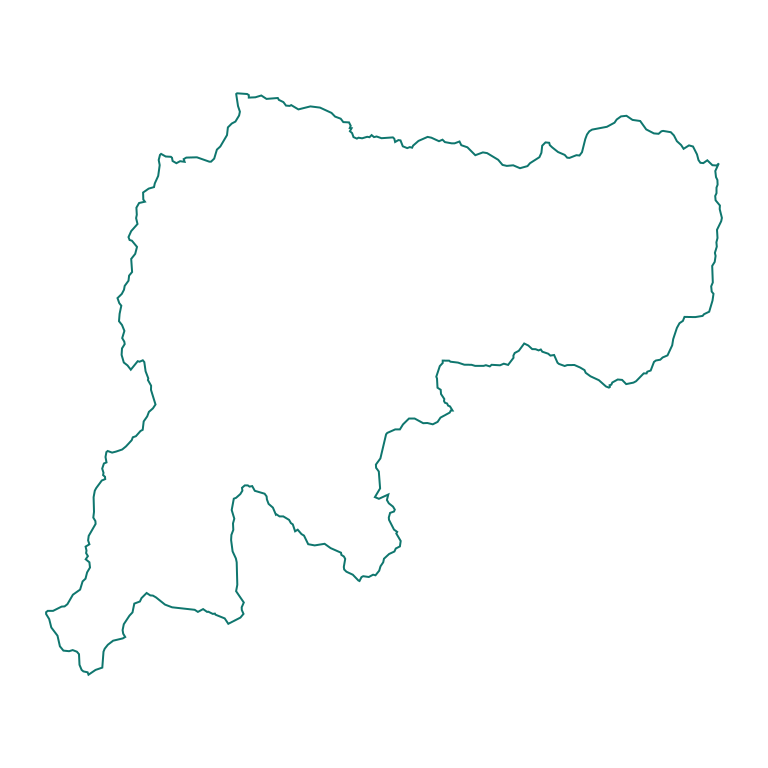 Dabeiba, Antioquia, Colombia (Robinson projection)
{"feature_id": "7082276B69715084527622", "entity_name": "Dabeiba", "entity_type": "district", "adm_level": 2, "iso_a3": "COL", "parent_name": "Colombia", "parent_adm1": "Antioquia", "projection": "robinson", "projection_center": [-76.345, 6.943], "detail": "fine", "context": "isolated", "style": "outline", "palette": "teal", "viewbox_px": 768, "rotation_deg": 0, "n_neighbors": 0, "source": "geoboundaries", "source_scale": "gbopen_adm2", "svg_char_len": 6072}
<svg xmlns="http://www.w3.org/2000/svg" viewBox="0 0 768 768"><path d="M702.6,315.9L704.0,314.2L709.2,311.7L712.5,300.6L713.5,293.8L711.7,291.6L711.2,286.3L712.8,282.5L712.2,265.9L714.7,261.9L715.6,255.9L714.9,252.9L716.8,246.6L716.4,242.3L717.5,238.0L717.0,229.8L721.2,221.2L721.9,217.9L719.7,209.1L719.9,205.5L715.6,200.3L715.2,196.0L716.5,193.2L716.5,187.6L717.6,184.7L717.4,180.0L716.0,177.1L715.3,171.0L718.8,163.4L716.7,165.5L712.4,165.2L707.3,160.3L703.3,163.1L700.4,162.8L698.5,160.1L697.0,154.4L693.0,146.5L689.0,145.4L683.6,148.8L681.1,145.0L676.9,141.2L673.9,135.4L670.8,132.2L663.1,130.9L661.4,131.3L658.6,133.8L653.9,133.4L646.2,129.4L640.2,121.0L632.5,119.9L626.5,115.8L621.0,116.4L616.7,119.5L614.5,122.7L606.9,126.8L592.1,129.6L589.3,131.3L587.0,134.5L585.3,139.0L582.0,152.2L579.5,155.5L576.4,155.2L569.5,157.9L567.2,157.7L564.7,154.9L558.0,152.0L552.1,147.3L549.8,145.1L549.2,142.8L545.5,142.4L542.2,145.7L541.4,152.8L539.4,157.2L530.0,163.2L527.5,166.1L520.0,168.2L513.2,165.3L506.8,165.9L502.5,164.9L498.2,159.8L487.1,153.1L482.9,152.4L475.3,155.2L467.4,147.3L461.3,145.2L459.5,141.5L454.7,143.3L451.5,143.3L444.9,142.1L442.5,139.7L439.0,141.2L431.4,137.7L427.6,136.9L418.5,140.9L413.1,145.6L412.1,147.7L409.9,147.1L407.2,148.1L402.8,146.3L400.5,140.4L398.4,140.1L395.1,142.0L394.3,138.7L392.9,137.4L381.5,138.2L376.6,136.5L374.0,137.1L371.6,135.1L369.5,137.2L367.2,136.8L362.1,138.3L358.5,137.7L356.9,138.6L353.5,137.1L352.1,133.1L349.9,131.2L351.6,128.2L349.8,128.0L350.7,125.8L349.0,122.4L343.3,122.1L340.7,118.7L335.1,116.6L331.5,112.9L320.0,107.6L310.4,106.4L298.4,109.4L291.2,105.1L289.7,105.9L286.0,105.6L283.4,102.1L278.9,99.9L277.8,98.0L266.5,98.9L261.3,95.5L255.3,97.3L248.8,97.6L248.8,95.1L247.1,94.0L237.1,93.3L236.2,94.0L236.6,96.8L238.0,106.0L239.9,111.7L239.1,115.5L235.4,121.6L231.8,123.5L227.9,127.4L227.0,135.1L220.3,146.5L216.9,149.6L214.2,158.6L211.0,161.7L209.4,161.7L196.9,157.3L186.3,157.6L183.7,159.1L184.6,161.8L180.1,161.2L176.4,163.2L172.6,161.0L172.0,157.8L170.9,156.8L165.7,156.5L161.1,153.9L160.0,154.9L158.7,160.0L159.7,165.1L158.2,175.9L154.8,183.4L154.0,187.1L148.7,188.6L143.1,192.5L143.3,199.5L144.9,201.7L139.1,203.0L136.4,207.7L136.8,214.8L136.1,218.1L137.5,224.0L131.2,231.1L128.5,237.1L129.6,240.0L131.9,240.7L137.0,246.9L135.2,253.9L131.2,258.9L132.1,272.0L129.1,275.6L128.5,280.7L124.7,285.9L124.0,289.7L121.8,293.9L117.5,298.1L119.3,303.2L121.3,305.7L119.6,313.8L119.0,321.2L122.0,325.0L124.4,330.9L122.2,338.1L124.3,341.7L124.7,344.1L122.0,348.4L121.6,354.9L123.8,362.5L127.5,365.4L130.8,369.7L137.7,361.2L139.6,361.7L142.8,360.3L144.3,362.1L145.6,371.3L148.3,378.4L147.9,380.0L151.1,385.7L151.0,389.9L155.5,404.5L152.9,408.4L148.9,411.9L147.2,416.4L143.7,421.4L142.7,429.8L140.5,431.0L135.9,436.2L132.8,437.3L131.7,440.2L126.0,446.4L122.2,449.5L116.0,451.6L112.1,452.6L107.7,451.0L106.4,452.1L105.5,457.0L106.5,462.4L103.9,463.5L102.2,468.6L103.5,472.8L103.1,475.1L105.0,476.8L105.2,479.1L101.8,480.5L96.2,488.1L94.8,490.7L93.6,497.2L94.0,511.8L93.3,517.6L95.4,521.1L95.6,523.9L88.7,535.9L88.1,540.4L89.4,544.3L85.6,546.6L86.5,550.6L86.1,553.1L87.9,556.1L85.7,559.3L89.4,562.3L90.0,567.5L87.1,572.4L85.5,578.7L82.6,581.4L80.1,589.6L72.9,594.7L67.4,604.2L64.6,606.4L61.6,606.6L53.0,610.9L47.7,610.9L46.1,612.2L46.1,614.0L49.2,619.1L51.3,627.5L57.5,635.7L59.9,646.3L63.4,650.6L69.1,651.2L72.7,650.1L76.9,651.7L79.0,654.2L79.5,664.8L81.6,669.9L83.4,671.4L87.6,672.3L88.5,674.7L95.6,669.9L102.3,667.6L103.5,651.7L104.7,648.7L107.9,644.7L113.1,640.7L122.8,638.4L125.2,637.0L123.2,633.7L122.6,630.1L123.8,624.2L129.5,615.6L132.5,612.4L134.3,603.6L139.9,601.5L141.5,598.1L146.6,593.0L150.3,595.4L152.9,595.6L156.0,597.4L165.0,604.6L172.1,607.3L194.7,609.8L197.9,611.9L203.1,609.1L207.1,611.9L208.3,611.7L212.8,613.9L214.9,613.6L215.5,614.7L224.7,618.4L228.3,623.8L240.4,617.6L243.5,613.9L241.8,610.0L241.7,607.3L243.8,602.5L236.1,591.2L237.3,584.8L236.7,562.3L235.9,558.5L232.6,551.4L231.1,540.0L231.4,534.9L233.3,529.9L233.0,523.4L234.3,518.7L231.7,510.0L233.8,498.7L236.1,497.8L240.3,494.1L242.4,490.7L242.0,487.8L244.8,485.4L247.8,485.4L249.5,486.6L252.2,486.1L254.8,490.8L264.6,493.7L266.6,496.4L266.9,499.4L268.6,503.9L272.9,507.6L275.9,514.7L276.4,514.3L279.5,516.4L283.3,516.4L289.1,519.9L290.9,523.1L292.8,524.4L295.1,531.3L297.7,529.7L301.5,534.1L304.0,535.6L308.2,544.2L314.7,545.4L324.6,543.8L330.6,548.1L341.0,552.7L341.4,554.9L343.9,556.5L345.2,558.9L343.8,567.0L344.2,569.5L346.4,571.7L352.8,574.7L358.4,580.5L359.5,581.0L361.5,577.1L363.2,576.2L368.8,577.0L373.1,574.7L375.5,575.3L379.2,570.7L380.5,566.3L383.2,562.3L384.0,558.7L389.1,554.0L394.4,551.5L395.8,548.5L399.9,546.4L400.7,541.0L396.3,533.5L397.2,531.9L394.0,529.6L389.0,519.8L388.8,517.5L390.1,512.9L394.0,511.5L394.8,509.6L393.0,506.6L388.8,503.3L386.9,500.0L388.3,494.5L378.9,498.8L374.9,497.1L380.1,488.4L378.8,471.5L376.1,467.8L375.9,464.6L380.4,458.4L386.1,434.3L387.3,432.9L395.2,429.4L399.9,429.4L403.0,424.4L409.0,418.5L414.6,418.5L423.2,423.2L427.3,423.0L432.8,424.3L437.6,421.9L440.5,417.6L449.7,412.6L450.8,410.5L452.5,410.5L450.0,406.4L448.1,405.6L447.1,403.5L444.9,402.7L444.0,401.0L444.3,399.0L441.0,394.0L440.7,389.8L437.5,387.7L437.0,378.5L436.3,376.7L439.8,366.1L442.7,363.0L442.7,360.6L449.2,360.7L450.4,361.7L458.0,362.6L464.3,364.7L471.5,364.8L475.2,365.9L483.5,365.9L485.9,365.2L489.8,366.4L491.6,364.8L500.0,365.3L503.8,363.7L508.1,364.9L513.5,357.8L513.4,355.6L514.7,353.0L518.8,350.8L524.2,343.5L528.3,345.5L532.2,349.1L535.6,349.2L538.6,350.4L540.8,349.5L542.3,351.7L548.2,353.7L550.4,355.6L554.1,355.0L557.5,362.7L558.9,363.9L564.7,366.0L567.2,365.1L574.4,365.0L580.1,367.5L584.5,370.1L585.7,372.8L590.5,376.3L598.9,380.2L606.0,386.5L608.9,387.6L609.9,386.9L609.6,385.2L611.3,384.7L612.3,382.5L617.7,379.5L622.1,379.9L626.2,384.1L633.5,382.6L636.1,381.2L643.7,373.4L646.6,373.4L647.3,371.7L650.7,370.5L654.0,361.9L655.9,360.5L660.3,359.7L662.6,357.5L667.5,355.4L672.2,345.3L673.2,339.1L676.9,327.9L679.5,323.2L682.9,320.9L684.5,316.9L695.2,317.1L702.6,315.9Z" fill="none" stroke="#0f766e" stroke-width="2"/></svg>